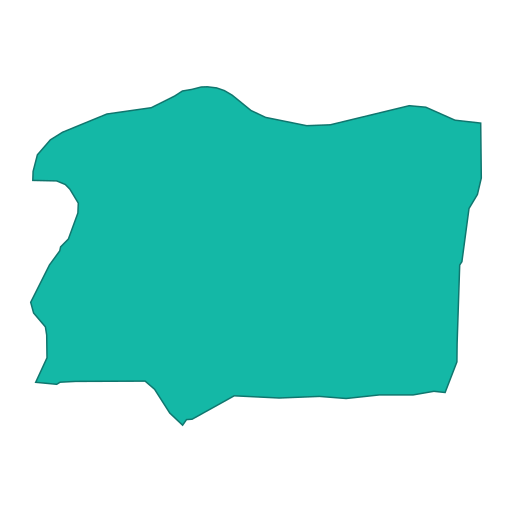 Patzité, Quiché, Guatemala
{"feature_id": "79465075B43387572026262", "entity_name": "Patzité", "entity_type": "district", "adm_level": 2, "iso_a3": "GTM", "parent_name": "Guatemala", "parent_adm1": "Quiché", "projection": "orthographic", "projection_center": [-91.205, 14.971], "detail": "fine", "context": "isolated", "style": "filled", "palette": "teal", "viewbox_px": 512, "rotation_deg": 0, "n_neighbors": 0, "source": "geoboundaries", "source_scale": "gbopen_adm2", "svg_char_len": 857}
<svg xmlns="http://www.w3.org/2000/svg" viewBox="0 0 512 512"><path d="M445.1,392.5L456.9,361.9L457.1,343.6L459.7,265.0L461.9,261.7L469.0,208.5L477.4,194.5L481.3,178.0L480.7,123.1L455.0,120.2L425.8,107.2L409.2,105.7L330.3,124.8L306.7,125.7L265.6,117.4L251.0,110.5L232.2,95.2L224.4,90.6L216.6,87.9L207.4,86.8L201.2,87.0L191.9,89.4L182.4,91.0L174.7,96.0L151.3,107.7L106.9,114.0L62.6,132.2L50.4,139.8L37.4,154.8L33.1,171.4L32.8,180.4L56.6,180.9L65.3,184.5L69.9,189.2L78.3,203.1L77.9,213.0L68.4,239.0L60.6,246.9L59.8,250.8L49.5,264.9L30.7,302.3L33.6,313.0L45.4,326.9L46.7,335.1L47.0,357.8L35.7,382.3L56.7,384.3L60.1,382.2L75.5,381.4L145.1,381.1L154.6,389.3L169.8,413.1L182.6,425.2L186.5,419.6L192.1,419.2L234.2,395.8L279.2,398.0L319.4,396.4L346.1,398.5L379.5,394.9L413.2,394.9L433.9,391.3L445.1,392.5Z" fill="#14b8a6" stroke="#0f766e" stroke-width="1.5"/></svg>